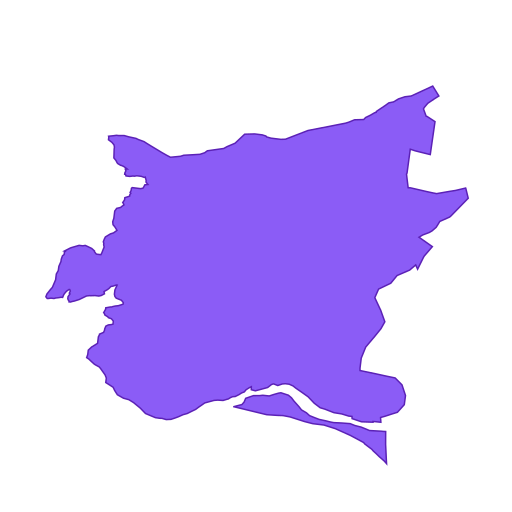 the district of Dayrut, Asyut, Egypt, rotated 97°
{"feature_id": "37247803B43857760448777", "entity_name": "Dayrut", "entity_type": "district", "adm_level": 2, "iso_a3": "EGY", "parent_name": "Egypt", "parent_adm1": "Asyut", "projection": "robinson", "projection_center": [30.795, 27.538], "detail": "fine", "context": "isolated", "style": "filled", "palette": "violet", "viewbox_px": 512, "rotation_deg": 97, "n_neighbors": 0, "source": "geoboundaries", "source_scale": "gbopen_adm2", "svg_char_len": 5780}
<svg xmlns="http://www.w3.org/2000/svg" viewBox="0 0 512 512"><g transform="rotate(97 256 256)"><path d="M399.9,389.7L401.8,385.7L403.7,381.8L406.7,379.9L410.6,376.7L413.3,370.2L414.1,364.7L416.4,359.7L421.1,352.3L425.8,346.5L428.7,336.2L428.8,331.8L428.6,329.6L429.3,325.2L428.5,320.5L426.7,316.7L425.0,313.4L422.4,309.1L421.7,307.4L420.7,305.0L417.9,300.8L415.6,297.2L413.1,294.6L410.2,291.3L408.1,289.0L404.5,280.2L404.4,279.9L404.3,279.3L403.7,276.4L403.4,271.1L401.7,267.2L401.3,266.1L399.6,264.0L398.5,262.1L398.0,259.5L395.6,255.9L393.7,253.6L392.3,251.0L390.0,249.6L387.6,246.7L386.3,244.7L389.3,244.4L389.9,240.2L385.1,228.4L381.9,225.2L381.3,224.3L380.8,222.9L381.9,218.6L379.8,214.3L379.2,211.4L379.2,208.8L379.2,207.4L380.5,203.3L382.3,200.4L385.6,194.1L389.4,187.1L391.7,184.3L395.0,180.3L397.1,176.7L398.8,173.8L399.6,169.0L402.0,159.6L402.3,151.7L403.6,144.4L403.5,141.2L405.7,140.8L407.7,131.1L406.7,119.6L406.0,119.7L405.9,117.8L405.8,111.8L404.1,112.1L403.6,112.2L401.4,112.7L401.1,112.7L399.5,108.8L397.6,104.7L396.6,102.6L393.9,96.6L391.5,94.9L385.5,90.7L376.3,90.6L366.1,95.4L365.7,95.9L360.1,103.0L360.0,103.9L359.4,111.4L358.4,122.1L357.0,138.8L354.6,139.1L352.3,139.1L344.5,139.1L333.0,136.0L323.2,129.6L322.5,129.1L312.9,123.1L305.6,120.1L294.3,125.8L293.6,126.3L282.9,133.0L273.9,130.3L266.6,118.9L258.2,113.6L251.7,102.5L251.3,101.8L245.4,96.4L249.4,94.0L237.2,89.7L235.7,89.1L225.2,82.1L217.5,96.5L215.2,93.6L214.7,92.9L212.3,88.3L211.5,86.8L209.6,84.3L205.6,80.7L202.9,79.4L199.3,77.8L194.2,69.3L193.7,68.5L192.5,67.4L172.8,52.4L163.6,55.9L163.0,56.2L166.6,65.9L168.2,71.5L172.1,84.4L171.9,86.6L171.9,87.3L171.3,93.9L169.5,111.0L169.7,113.3L161.7,115.3L156.3,116.6L155.3,116.2L131.2,115.9L132.2,110.9L132.7,107.0L134.1,95.4L119.6,95.1L100.8,94.7L96.6,103.3L96.6,104.1L89.6,107.7L88.1,107.1L85.0,105.1L83.4,104.0L78.1,97.9L74.9,94.0L65.8,101.3L78.3,121.5L79.8,127.6L82.7,133.7L86.3,138.3L87.8,142.8L90.7,145.9L97.9,154.2L98.7,154.2L99.4,155.8L102.3,159.6L105.2,164.1L107.4,165.7L107.6,166.9L108.8,174.8L111.8,180.1L113.2,183.2L125.1,219.7L131.5,231.7L136.5,241.0L137.2,245.6L137.2,254.0L137.2,255.5L136.5,260.0L135.7,260.8L135.0,264.6L135.0,269.2L135.0,272.2L135.8,277.5L136.5,282.1L146.6,290.5L151.0,298.1L153.2,301.1L157.5,317.1L158.4,318.1L159.7,319.4L161.9,324.0L163.3,331.6L164.1,336.1L164.8,340.0L166.2,343.0L168.4,352.9L167.0,356.7L164.8,362.0L163.4,365.1L159.7,373.4L157.6,378.0L156.1,381.1L154.7,387.1L153.9,389.4L153.2,397.0L152.5,401.6L153.2,406.9L153.2,409.2L154.0,412.2L154.7,415.3L155.1,416.9L155.7,416.6L158.6,416.6L160.8,412.8L163.0,410.5L165.1,409.8L167.3,409.8L176.0,409.0L178.2,406.7L180.4,405.2L181.1,404.5L182.5,401.4L182.5,400.7L183.2,398.4L184.0,396.8L185.4,394.4L185.8,396.3L187.3,395.5L189.5,396.3L190.9,396.3L190.9,395.5L192.4,394.8L192.4,392.5L192.4,391.0L191.6,387.9L191.6,386.4L190.9,384.1L190.9,383.4L190.9,381.8L190.9,379.6L191.6,376.5L191.2,375.5L194.5,374.2L196.0,374.2L198.2,372.0L198.9,375.0L201.1,375.8L201.9,376.2L202.5,376.5L203.2,378.8L203.2,379.6L203.2,381.1L203.2,383.4L203.2,387.2L204.0,387.9L206.1,387.9L208.3,388.7L209.0,387.9L210.5,388.7L211.9,388.7L212.7,390.2L213.4,391.8L214.1,393.3L214.8,393.3L216.3,393.3L219.2,394.8L219.9,394.1L221.4,393.3L222.1,394.1L223.2,395.3L224.3,396.3L225.7,400.1L227.2,400.9L228.6,401.7L231.5,401.7L235.9,401.7L239.5,402.4L242.4,401.7L243.1,400.9L244.6,399.4L246.2,398.1L247.5,397.1L250.4,400.2L251.8,403.2L255.4,407.8L257.6,408.6L260.5,409.3L262.0,408.6L263.4,408.6L265.6,407.8L268.5,408.6L271.4,409.3L273.6,410.1L273.6,410.9L273.6,411.6L273.6,413.1L273.6,414.7L271.4,416.9L270.7,416.9L268.5,420.0L267.0,424.5L266.3,426.8L267.0,429.1L267.0,432.9L270.1,440.1L270.7,441.3L274.3,446.6L274.3,445.1L275.0,446.6L277.9,446.6L279.4,448.1L281.1,448.5L283.0,448.9L285.2,448.9L290.2,450.4L294.6,450.5L298.2,452.0L304.0,452.0L312.0,454.3L314.1,455.8L319.2,458.9L322.1,459.6L323.6,458.1L323.6,457.3L322.8,454.3L322.8,451.3L322.1,449.7L321.4,446.7L320.7,444.4L320.7,442.9L317.8,442.1L316.3,441.3L314.1,439.8L312.0,437.5L312.0,436.8L313.4,436.0L315.6,436.8L316.3,436.0L319.2,437.6L319.9,437.6L321.4,437.6L322.8,436.8L323.6,436.0L324.3,436.0L324.3,434.5L323.6,433.0L322.8,430.7L320.7,426.1L316.3,419.3L315.6,416.2L315.6,415.5L314.9,410.9L314.9,409.4L314.9,407.1L314.1,404.8L312.0,401.8L309.8,402.5L307.6,399.5L306.2,398.0L304.0,396.4L303.3,394.2L301.8,391.1L301.8,390.3L306.9,391.9L311.2,391.9L313.4,391.1L314.9,389.6L316.3,384.3L317.0,383.5L318.5,382.0L319.9,382.0L320.7,383.5L322.1,386.6L322.8,389.6L323.6,391.9L324.3,393.4L324.3,394.2L325.7,398.8L327.2,398.8L330.8,400.3L331.5,399.5L333.0,398.8L334.4,395.7L335.2,395.0L335.9,391.9L337.3,390.4L338.0,389.7L341.0,389.6L341.7,391.2L342.4,394.2L343.9,396.5L346.8,397.3L348.2,397.3L350.4,398.0L352.6,401.8L353.3,401.8L355.4,402.6L356.8,402.6L357.6,402.6L362.0,402.6L366.3,408.0L369.9,411.0L371.4,411.0L372.5,411.0L373.6,411.0L374.3,411.0L377.5,411.7L378.6,409.5L380.8,406.5L383.0,403.4L383.7,401.9L385.2,398.1L386.6,396.6L392.4,391.3L393.9,390.5L395.3,389.7L396.5,389.7L397.5,389.7L398.7,389.7L399.9,389.7ZM408.2,259.6L408.3,259.6L412.2,226.1L411.6,215.4L411.1,209.7L411.6,202.4L414.4,187.7L415.5,179.3L415.5,168.0L417.7,156.2L422.6,140.4L428.0,126.5L429.4,125.0L431.6,121.2L433.8,117.4L435.2,115.9L437.4,112.8L440.3,109.0L443.9,103.7L446.2,101.1L442.9,101.7L427.1,104.4L414.4,105.9L414.6,108.7L414.6,110.0L415.1,117.6L415.4,122.1L414.5,125.2L413.0,130.8L412.2,137.2L410.9,142.1L411.3,150.5L411.9,158.6L411.7,161.7L411.1,166.5L410.5,173.3L409.4,177.8L407.9,183.4L405.5,186.8L403.2,192.1L400.3,195.0L395.4,200.6L392.4,203.5L390.2,206.9L388.7,214.6L389.4,217.0L391.3,221.5L393.3,225.8L393.4,232.3L394.1,235.3L394.9,241.5L398.5,248.9L402.4,250.0L405.2,251.9L405.9,253.8L408.2,259.6Z" fill="#8b5cf6" stroke="#5b21b6" stroke-width="1.5"/></g></svg>